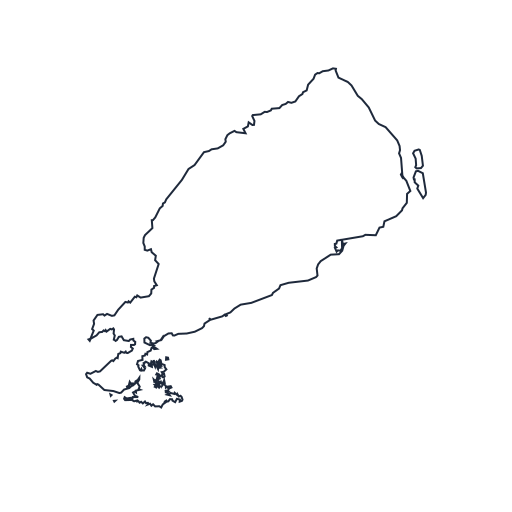 the district of Lombok Timur, Nusa Tenggara Barat, Indonesia, rotated 34°
{"feature_id": "22746128B55307338459902", "entity_name": "Lombok Timur", "entity_type": "district", "adm_level": 2, "iso_a3": "IDN", "parent_name": "Indonesia", "parent_adm1": "Nusa Tenggara Barat", "projection": "orthographic", "projection_center": [116.527, -8.592], "detail": "fine", "context": "isolated", "style": "outline", "palette": "slate", "viewbox_px": 512, "rotation_deg": 34, "n_neighbors": 0, "source": "geoboundaries", "source_scale": "gbopen_adm2", "svg_char_len": 6127}
<svg xmlns="http://www.w3.org/2000/svg" viewBox="0 0 512 512"><g transform="rotate(34 256 256)"><path d="M163.2,408.6L165.0,417.2L163.8,418.8L165.6,419.3L165.2,417.1L168.2,411.0L168.7,406.9L171.0,404.9L171.3,402.9L172.8,402.8L172.8,401.5L174.4,402.2L175.9,397.9L177.5,397.5L178.2,395.8L179.4,396.3L181.3,399.9L183.4,400.9L184.9,404.9L186.7,404.7L186.8,405.6L187.7,403.4L187.5,399.7L189.5,397.8L193.5,399.7L198.1,397.6L198.4,395.6L200.6,393.3L201.6,394.6L203.9,394.7L205.1,396.8L204.6,398.0L202.1,399.6L203.2,401.4L205.6,401.6L206.0,403.8L203.9,408.2L202.6,408.8L201.4,408.1L200.9,409.9L197.4,410.9L197.9,412.4L196.6,414.2L198.4,418.0L197.4,418.1L196.7,419.8L196.5,422.9L195.1,422.9L194.5,423.9L191.2,438.9L189.7,440.5L187.5,440.9L184.6,446.2L181.3,447.2L181.2,449.0L183.9,451.0L186.6,450.6L191.9,452.1L195.9,451.9L196.0,451.0L197.3,450.7L205.2,451.9L213.3,447.7L219.4,446.0L220.6,444.7L221.3,440.5L224.8,436.3L226.0,431.1L223.1,432.3L223.4,434.9L221.5,437.2L223.0,434.7L221.7,431.0L223.2,431.7L225.4,430.4L226.5,431.6L227.1,429.6L226.2,427.4L226.5,426.6L227.3,427.2L227.3,422.1L228.3,423.7L228.5,427.5L232.6,429.3L233.1,432.0L234.6,431.7L231.7,434.8L232.8,436.2L231.3,436.2L230.4,437.9L233.8,439.6L237.2,438.8L232.7,441.9L233.7,444.2L231.5,443.6L228.5,446.4L226.1,446.5L226.5,448.1L228.1,448.7L233.5,444.8L236.2,444.6L238.3,442.2L238.9,443.0L239.7,442.1L241.5,442.7L242.3,441.1L244.6,441.5L245.3,438.7L247.1,439.5L248.5,438.2L249.5,438.6L249.4,439.6L250.8,437.7L253.0,438.6L253.6,436.5L256.5,437.1L259.9,434.6L262.1,434.6L261.7,431.2L262.8,428.2L261.9,428.2L261.9,427.2L262.5,426.0L263.5,426.6L264.6,425.5L264.7,422.8L266.6,421.7L267.6,422.6L270.7,422.4L270.3,418.6L273.2,417.6L274.2,419.4L275.6,417.5L275.4,416.2L273.1,414.4L271.6,414.1L270.6,415.6L268.0,414.4L268.2,415.3L265.1,414.9L265.5,416.0L261.6,417.4L261.2,419.3L262.3,419.7L259.6,420.7L260.2,419.3L259.0,418.9L259.2,418.0L257.4,419.4L256.5,418.3L258.4,416.5L257.9,414.7L259.4,412.3L258.1,411.6L256.0,413.5L256.7,414.6L255.0,414.6L254.8,415.4L253.8,414.1L250.8,413.6L250.7,415.9L249.4,413.7L251.3,412.3L249.3,410.3L249.9,412.5L247.8,415.1L247.2,413.4L245.3,415.0L246.3,415.8L245.6,416.3L249.5,417.8L249.3,419.3L246.9,418.5L246.9,420.8L245.3,421.0L245.4,419.8L244.0,419.4L245.6,417.9L243.6,417.0L243.3,415.7L242.1,417.2L240.4,415.6L241.9,415.9L242.7,413.8L242.2,412.5L244.0,413.4L243.4,411.9L245.5,411.4L241.4,410.5L240.7,409.4L239.6,409.9L239.5,408.7L241.9,408.4L243.8,409.4L244.5,407.4L246.3,408.7L247.3,408.1L247.6,407.0L245.7,405.1L244.8,406.1L242.8,405.0L244.2,403.7L245.1,400.1L242.5,399.2L241.2,397.5L237.9,398.3L235.3,395.8L234.1,395.8L234.3,398.4L236.2,398.3L238.9,400.1L237.9,400.7L237.5,400.0L232.6,399.0L232.6,399.3L237.0,402.3L239.0,402.2L237.5,403.5L238.0,404.5L234.6,402.5L233.6,402.5L234.3,404.2L232.5,403.1L231.1,403.5L232.3,401.8L229.5,399.5L230.5,401.8L228.2,401.8L229.4,405.0L230.2,404.2L231.7,406.1L228.3,406.8L227.2,404.9L223.7,405.2L222.8,407.5L223.6,407.6L223.6,409.2L225.1,409.7L223.9,410.3L226.9,411.3L227.1,413.6L225.4,414.7L224.3,413.9L224.6,415.4L223.7,415.6L220.2,413.5L219.7,412.3L217.9,412.3L216.9,409.0L220.0,405.6L217.8,402.6L219.5,400.7L219.0,398.9L220.8,398.5L219.7,396.4L221.6,393.3L220.8,390.5L221.7,387.4L219.5,387.8L218.0,389.2L211.9,390.1L209.6,386.9L210.3,384.8L212.5,384.0L216.2,385.0L217.0,387.0L220.3,385.7L221.6,384.1L222.3,382.0L221.6,382.0L224.0,379.2L224.0,375.8L224.5,376.5L224.5,373.9L226.7,369.2L229.3,367.2L231.5,368.3L232.8,367.6L235.1,364.0L241.9,359.0L247.6,353.0L251.6,346.0L252.1,343.3L251.1,340.8L253.7,334.6L251.9,333.8L254.2,334.0L261.8,324.9L262.8,322.2L264.5,322.6L265.1,321.6L263.8,320.8L266.3,317.1L267.5,311.6L270.5,304.9L278.3,297.5L291.0,279.5L290.7,277.0L293.3,270.1L292.6,266.5L298.1,259.9L312.8,247.3L317.6,239.9L317.9,237.8L313.3,232.4L312.2,228.2L312.5,224.1L317.2,213.1L323.8,208.1L324.5,203.4L322.9,198.6L323.1,195.7L321.7,197.2L320.8,196.9L319.3,195.6L318.8,195.5L323.0,201.4L323.0,204.4L320.7,205.6L320.4,207.3L316.9,205.1L317.7,203.9L315.8,203.6L314.6,201.9L315.7,200.8L314.7,197.8L333.6,179.8L334.8,177.3L343.7,171.8L342.5,163.4L345.2,160.6L343.1,155.4L350.0,144.6L351.5,136.5L350.8,134.5L351.3,127.6L346.5,120.0L347.6,115.8L338.6,109.6L334.2,108.4L333.4,108.5L335.2,109.5L333.4,109.0L330.6,107.5L330.5,106.1L332.8,108.1L334.1,108.2L332.4,107.5L321.4,93.6L317.2,90.9L316.2,87.7L313.5,84.5L308.4,81.2L291.4,76.7L284.0,77.9L279.0,77.1L266.4,69.8L256.0,66.8L250.8,66.3L239.8,61.2L234.9,60.4L224.6,62.0L218.3,57.7L217.6,56.1L214.9,57.4L212.3,61.7L208.0,65.5L206.2,69.2L204.7,69.9L203.6,72.6L204.6,76.9L203.4,84.8L205.4,90.4L203.4,93.9L203.9,95.8L202.3,99.5L202.2,105.9L199.7,109.2L196.4,110.4L195.6,113.3L193.3,116.2L192.7,120.3L186.7,125.1L186.9,127.0L184.6,130.5L182.6,131.6L180.7,135.9L174.5,141.0L174.6,142.1L179.2,144.9L181.0,148.4L179.8,149.4L175.2,149.3L176.8,153.1L174.4,157.7L178.7,160.1L170.5,164.3L168.2,164.3L165.6,169.0L164.7,171.8L165.3,176.3L167.0,178.2L166.9,182.6L164.1,188.2L159.5,192.4L158.3,195.3L154.8,199.0L154.2,215.0L151.4,221.6L152.0,234.4L149.9,259.2L150.5,262.5L149.5,264.5L150.6,266.7L149.6,270.3L150.9,280.3L150.5,283.9L149.6,284.6L154.5,290.8L152.3,300.7L152.7,303.7L155.3,308.2L158.4,310.3L160.3,313.1L162.9,312.3L165.1,309.1L167.4,311.2L172.8,311.8L174.7,315.9L179.8,317.1L184.0,331.8L185.9,333.9L190.1,335.7L188.3,337.9L189.3,339.4L188.1,342.3L190.1,345.7L189.7,349.2L183.6,355.0L179.6,355.1L179.9,357.1L178.3,357.5L177.8,365.0L175.7,364.8L175.8,366.2L173.4,367.1L171.8,377.6L171.8,384.4L170.0,386.2L164.9,387.3L163.7,390.1L161.8,389.8L157.5,393.5L157.4,400.3L159.7,402.8L161.0,408.2L163.2,408.6ZM348.0,94.1L342.7,94.8L341.2,96.4L342.7,102.8L344.1,104.2L344.7,103.8L346.4,106.2L351.2,106.9L352.0,109.9L362.2,114.6L362.5,110.5L361.5,108.4L348.0,94.1ZM337.4,80.3L332.5,76.5L331.3,76.7L328.6,80.1L328.8,83.0L333.9,86.0L338.0,91.2L338.4,93.3L340.1,93.6L343.6,90.9L343.9,87.8L337.4,80.3ZM239.9,389.5L238.2,390.2L239.4,392.3L241.1,390.7L239.9,389.5ZM225.7,388.4L223.6,388.4L222.8,389.9L223.7,390.1L225.7,388.4ZM212.8,452.2L213.8,453.1L214.0,452.1L212.8,452.2ZM220.0,455.9L220.3,454.7L219.3,455.5L220.0,455.9Z" fill="none" stroke="#1e293b" stroke-width="2"/></g></svg>